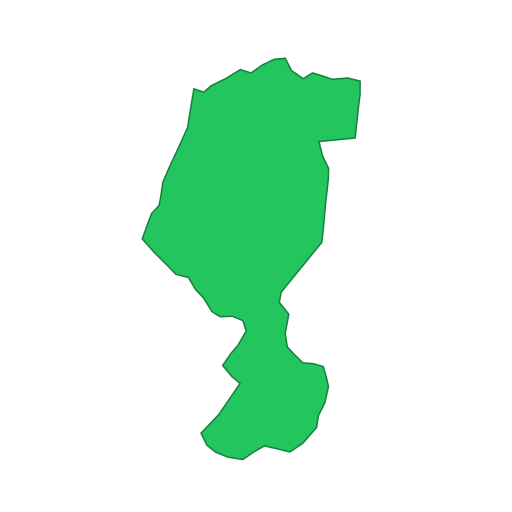 Camaragibe, Pernambuco, Brazil, rotated 199°
{"feature_id": "56859067B56162371864322", "entity_name": "Camaragibe", "entity_type": "district", "adm_level": 2, "iso_a3": "BRA", "parent_name": "Brazil", "parent_adm1": "Pernambuco", "projection": "robinson", "projection_center": [-34.999, -7.981], "detail": "fine", "context": "isolated", "style": "filled", "palette": "green", "viewbox_px": 512, "rotation_deg": 199, "n_neighbors": 0, "source": "geoboundaries", "source_scale": "gbopen_adm2", "svg_char_len": 1155}
<svg xmlns="http://www.w3.org/2000/svg" viewBox="0 0 512 512"><g transform="rotate(199 256 256)"><path d="M250.3,70.6L240.9,61.2L230.2,57.3L216.8,56.7L202.2,59.3L194.1,70.2L186.3,79.1L173.4,80.6L160.2,81.7L150.8,94.1L142.9,113.7L145.0,125.3L143.1,139.9L145.0,156.2L150.4,164.9L156.4,173.4L167.1,172.8L176.9,170.2L187.4,175.2L196.8,180.2L203.2,192.4L206.0,211.6L218.9,219.8L220.4,230.1L198.2,290.4L201.2,303.7L205.1,319.4L208.0,331.2L210.1,341.2L212.6,351.9L215.8,362.3L225.8,372.5L233.7,384.7L218.9,391.5L200.7,399.8L204.1,415.0L207.0,427.4L210.1,442.3L214.5,455.3L227.1,454.2L241.5,447.9L252.8,447.9L262.2,447.5L269.1,439.0L282.9,442.9L292.7,452.5L302.9,447.9L311.9,439.0L320.3,427.4L331.5,427.2L342.4,413.9L353.7,402.6L358.7,393.9L369.1,393.9L367.1,381.5L364.5,366.4L362.5,355.1L364.5,333.8L366.6,314.8L368.1,295.4L365.6,282.4L364.1,272.3L368.5,262.3L368.9,251.9L369.1,235.1L353.3,226.2L336.5,218.1L325.7,212.6L312.9,213.7L302.5,204.8L291.8,199.1L279.5,189.1L270.1,186.9L258.8,191.3L247.3,190.6L240.9,181.9L244.0,165.6L247.8,156.2L251.9,141.6L239.6,134.2L229.6,130.3L239.6,93.9L250.3,70.6Z" fill="#22c55e" stroke="#15803d" stroke-width="1.5"/></g></svg>